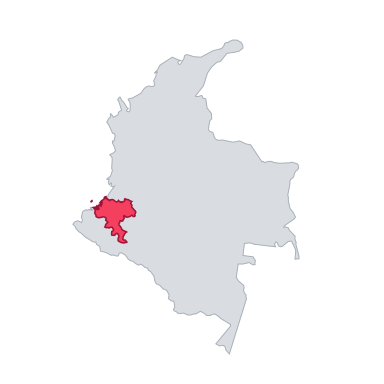 location of Cauca within Colombia, rotated 7°
{"feature_id": "COL-1404", "entity_name": "Cauca", "entity_type": "Department", "adm_level": 1, "iso_a3": "COL", "parent_name": "Colombia", "parent_adm1": "", "projection": "albers", "projection_center": [-77.137, 2.145], "detail": "fine", "context": "in_parent", "style": "filled", "palette": "rose", "viewbox_px": 384, "rotation_deg": 7, "n_neighbors": 0, "source": "natural_earth", "source_scale": "10m", "svg_char_len": 9228}
<svg xmlns="http://www.w3.org/2000/svg" viewBox="0 0 384 384"><g transform="rotate(7 192 192)"><path d="M221.7,46.4L217.6,48.0L209.8,50.1L204.4,58.8L200.7,60.4L196.2,65.6L192.9,72.0L190.4,85.2L183.7,96.3L184.2,96.8L186.9,96.3L189.4,95.1L190.4,95.4L191.3,97.4L194.3,97.9L196.8,106.9L201.5,111.4L202.0,113.2L202.6,117.0L201.0,119.2L200.5,127.5L202.0,129.6L205.5,130.4L207.8,135.5L209.3,136.7L211.4,137.5L216.5,136.7L225.7,137.5L227.9,137.3L233.0,135.5L239.6,137.7L244.4,138.0L257.7,153.5L259.0,153.0L260.6,153.9L264.0,152.3L266.8,152.0L270.6,152.8L275.6,152.8L285.5,151.1L287.0,150.2L292.5,151.0L294.1,152.2L294.9,155.1L294.3,156.9L292.4,158.7L291.4,161.0L291.2,163.9L290.2,166.0L288.5,167.3L287.8,169.3L288.2,171.9L287.4,183.7L288.1,184.7L288.8,189.5L291.1,195.8L292.2,197.5L294.2,199.0L297.7,204.1L297.0,205.9L288.0,214.1L287.5,215.9L289.3,215.2L292.1,215.9L293.0,217.8L299.8,223.4L299.7,225.6L301.7,229.8L301.3,230.8L306.1,242.8L306.3,245.3L302.4,246.1L302.2,238.0L301.6,236.3L297.2,229.2L296.3,228.6L293.4,229.5L288.5,234.8L286.3,235.6L284.4,234.9L282.6,231.8L281.4,231.2L280.2,233.8L281.7,236.2L260.2,236.3L256.0,235.4L250.3,236.6L250.3,248.8L260.5,248.9L263.3,252.4L263.1,255.3L263.5,256.3L261.1,256.9L257.5,255.0L251.2,257.3L246.6,257.9L246.3,271.4L249.1,274.7L254.6,278.3L255.4,280.8L255.1,283.1L256.4,286.0L258.2,287.5L258.2,289.2L259.1,291.2L248.8,348.2L245.0,344.8L243.6,341.6L241.7,340.4L238.1,341.4L234.2,339.8L246.6,320.4L246.2,318.7L235.7,314.0L234.6,312.8L229.6,310.3L226.9,311.1L225.3,312.3L221.6,312.8L218.5,310.7L214.8,309.4L210.5,312.7L209.2,312.6L206.1,314.1L202.7,314.6L198.4,313.2L194.9,314.2L192.4,314.0L191.5,313.0L188.4,311.9L188.0,310.5L188.9,308.2L187.6,303.5L187.0,302.7L184.7,302.6L181.9,300.9L181.4,299.9L181.9,298.0L181.4,296.3L178.7,292.6L175.0,291.6L171.3,288.5L167.7,287.4L166.1,285.1L164.5,280.1L160.7,276.1L158.1,274.8L157.2,272.9L154.5,272.7L150.9,270.1L149.3,270.0L148.1,271.2L144.7,269.9L141.9,268.0L138.9,267.5L136.9,266.4L133.4,262.7L129.5,260.9L127.3,261.6L126.6,264.3L125.3,264.8L120.9,264.1L120.2,264.7L119.0,264.5L113.7,262.5L108.4,261.8L107.0,257.2L103.6,255.6L102.6,253.4L100.2,253.7L91.1,249.5L87.4,246.6L84.2,245.0L80.8,241.8L80.3,240.5L77.7,238.6L79.0,236.2L82.1,234.4L86.2,235.8L86.7,233.0L85.2,230.5L85.9,224.9L87.0,223.6L89.2,222.5L90.6,222.9L91.5,222.0L94.8,222.4L95.8,222.0L98.3,219.7L99.4,217.9L100.5,218.1L103.2,215.0L102.8,212.0L105.3,211.3L108.0,206.3L109.1,206.2L109.7,203.8L114.4,195.6L112.7,196.5L110.9,196.0L111.1,193.2L110.6,192.8L109.1,195.0L107.8,192.8L108.1,189.3L106.0,189.9L106.1,189.1L109.2,186.4L110.4,180.4L109.4,178.2L108.8,169.0L108.3,167.3L105.8,165.0L109.7,162.4L111.1,160.5L109.3,156.4L107.0,153.0L106.9,151.0L108.3,151.2L108.9,145.5L107.6,143.4L106.0,143.3L100.8,135.0L98.9,133.2L100.3,129.2L101.9,127.5L101.5,124.4L102.6,124.6L104.8,127.3L105.7,126.9L109.2,124.3L109.3,121.8L112.1,119.3L108.2,110.8L106.9,109.4L108.5,106.7L109.4,106.8L110.9,109.5L113.4,111.3L117.0,116.0L118.6,117.1L117.4,118.2L117.2,119.3L117.7,119.9L119.8,120.1L120.6,118.7L120.1,113.0L119.2,110.1L117.3,108.0L117.9,107.2L121.6,105.8L129.3,100.2L131.9,95.1L134.0,93.2L136.2,92.0L139.0,92.3L141.2,91.6L141.9,90.0L140.4,86.4L142.1,81.5L142.0,79.0L143.1,77.5L142.7,76.9L139.9,78.7L142.8,75.2L144.8,69.9L156.0,60.6L163.3,62.8L165.6,62.7L162.6,63.9L162.1,65.2L163.2,66.6L164.3,67.0L165.2,66.1L167.7,60.7L168.0,57.7L169.1,56.6L170.6,56.3L177.8,57.5L184.5,57.1L195.5,49.3L203.9,46.0L205.9,42.8L206.4,40.4L207.9,39.5L209.5,39.4L210.5,38.1L214.3,36.1L218.4,35.8L222.7,37.6L224.7,40.7L225.0,42.9L221.7,46.4ZM94.9,221.4L94.4,221.8L93.4,221.0L93.1,220.1L93.7,219.4L94.4,219.6L94.9,221.4Z" fill="#d9dde1" stroke="#a8b0b8" stroke-width="1"/><path d="M95.6,219.4L95.8,219.3L96.9,219.2L97.6,218.8L98.0,218.9L98.2,219.1L98.4,219.5L98.6,219.7L98.8,219.7L99.1,219.6L99.0,219.9L98.8,220.3L98.8,220.7L99.2,220.8L99.8,220.9L100.0,220.9L100.5,220.8L101.2,220.7L101.5,220.4L101.7,220.1L101.7,219.8L101.6,219.5L101.4,219.2L101.1,218.9L100.8,218.9L100.8,218.7L101.2,218.7L100.9,218.6L100.8,218.4L100.9,218.1L100.7,218.0L100.7,217.9L100.8,217.6L100.6,217.5L100.5,217.2L100.9,217.3L101.1,217.2L101.4,217.0L101.6,216.9L101.9,216.9L102.0,216.8L102.0,216.7L101.8,216.7L101.5,216.8L101.3,216.8L101.0,216.6L101.3,216.4L101.4,216.2L101.9,216.3L102.2,216.4L102.5,216.3L102.7,216.6L102.9,216.7L102.7,216.3L102.0,216.1L102.2,215.8L102.5,215.6L102.8,215.6L103.0,215.5L103.3,215.3L103.6,215.4L103.7,215.5L103.8,215.7L103.9,215.2L103.5,215.1L102.9,215.2L102.5,215.4L102.4,215.1L102.4,214.7L102.5,214.3L102.7,214.1L103.0,214.1L103.2,214.3L103.3,214.5L103.5,214.6L103.8,214.6L103.9,214.4L104.2,214.1L104.2,213.8L104.1,213.7L103.8,213.7L103.9,213.4L104.0,213.2L104.0,212.9L103.9,212.9L103.7,212.9L103.5,212.7L103.5,212.8L103.3,213.1L103.1,213.1L102.9,213.0L102.9,212.8L102.4,213.2L102.2,213.3L102.3,213.1L102.9,212.3L103.4,211.7L103.6,211.4L105.1,210.2L105.7,209.1L105.9,209.0L106.3,209.1L106.4,208.6L106.5,208.6L106.8,208.5L106.7,208.3L106.4,208.2L106.1,208.3L105.7,208.3L105.6,208.1L105.9,207.8L106.3,207.4L106.6,207.3L107.1,207.1L107.9,207.9L108.2,208.4L108.4,208.6L108.5,208.8L108.5,209.0L108.8,209.6L109.0,209.7L109.3,209.6L109.7,209.5L109.8,209.5L110.3,209.7L110.3,209.8L110.2,209.9L110.2,210.0L110.4,210.1L110.5,210.0L110.9,210.4L111.0,210.3L111.2,210.5L111.4,210.4L112.3,209.6L112.6,209.6L113.0,209.4L113.4,209.2L113.8,209.2L114.6,209.3L115.5,209.6L116.0,210.0L116.3,210.2L117.4,210.8L117.9,211.0L118.3,211.0L118.6,211.0L118.8,210.9L119.0,210.8L119.4,210.4L120.0,209.3L120.2,209.5L121.2,210.2L121.6,210.6L122.0,210.7L122.2,210.8L122.4,210.7L122.6,210.4L122.9,210.7L123.0,210.9L123.3,210.9L123.4,210.7L123.5,210.5L123.8,210.4L123.9,210.5L124.2,210.7L124.5,210.4L124.6,210.2L124.8,209.8L124.9,209.7L125.2,209.6L125.6,209.5L125.8,209.4L126.0,209.2L126.2,208.9L126.3,208.6L126.3,208.0L126.2,207.8L126.0,207.6L125.9,207.4L126.0,207.3L126.4,206.8L127.1,207.1L127.9,207.3L129.8,207.4L130.3,207.6L131.0,208.1L131.3,208.2L132.5,208.5L133.2,208.7L132.9,208.9L132.8,209.3L132.9,209.7L132.7,210.2L132.6,210.4L132.5,210.5L132.5,211.0L132.8,211.3L133.1,211.4L133.4,211.7L133.8,212.1L134.0,212.8L134.0,214.1L134.1,214.4L136.6,216.6L137.1,217.2L137.4,217.4L137.7,217.5L138.0,217.7L138.2,218.0L138.5,218.5L138.7,219.0L138.3,220.3L138.0,221.0L137.9,221.6L138.5,222.6L138.0,222.9L137.8,223.1L137.5,223.5L136.9,223.5L136.5,223.4L135.9,222.8L135.2,222.3L134.5,222.9L134.1,223.3L133.7,223.7L132.3,224.3L131.7,224.6L130.2,225.0L129.8,224.9L129.4,224.9L128.4,224.1L128.1,223.8L127.5,223.7L127.2,224.7L127.9,226.2L127.9,226.5L127.7,226.7L127.4,227.6L127.2,228.1L126.9,228.2L126.7,228.5L126.7,228.8L126.8,229.1L126.7,229.2L126.6,229.3L126.3,229.4L126.1,229.5L125.7,229.4L125.4,229.4L125.1,229.3L124.8,229.2L124.5,229.2L124.3,229.3L124.0,229.7L124.0,230.6L124.0,231.1L124.0,231.3L123.5,231.8L123.3,232.1L123.3,232.4L123.4,233.2L123.8,233.8L125.1,234.9L126.1,236.2L126.9,237.5L127.4,238.0L128.1,238.4L129.5,238.8L129.8,239.0L130.5,239.2L131.2,239.2L131.9,239.6L131.5,239.8L130.4,241.6L129.9,242.6L129.8,243.2L129.7,243.5L129.3,244.0L129.0,246.7L129.1,246.9L129.3,247.4L129.5,247.6L129.8,247.8L130.7,248.0L131.4,247.8L131.6,247.9L133.5,249.6L133.3,249.8L133.2,250.0L132.7,250.2L132.1,250.2L131.8,250.3L131.6,250.4L131.0,250.8L130.7,250.9L128.0,250.8L127.5,250.7L126.7,250.4L125.4,249.9L125.0,249.7L124.5,249.0L124.4,248.2L124.4,246.5L124.5,246.2L124.8,245.6L124.9,245.2L124.8,244.7L124.6,244.2L124.3,243.9L124.2,243.7L123.9,243.1L123.6,242.7L122.9,242.5L122.6,242.3L122.3,242.2L122.0,242.2L121.0,243.7L120.6,244.2L120.1,244.5L119.6,244.6L118.1,244.5L117.5,244.5L117.4,243.8L117.2,242.9L117.2,241.3L117.2,240.9L118.1,240.4L118.4,240.2L118.6,239.9L118.6,239.7L118.8,239.1L118.7,239.0L118.6,238.8L118.6,238.7L118.4,238.6L117.2,236.9L116.9,236.7L116.3,236.9L115.6,237.0L115.0,237.1L114.9,237.2L114.5,237.6L114.3,237.7L114.1,237.8L113.9,237.8L113.7,237.8L113.4,237.7L113.1,237.5L112.7,237.6L112.4,237.6L111.4,237.9L111.1,237.7L110.8,237.8L109.7,237.4L110.2,236.3L110.3,235.8L110.2,235.5L110.2,235.2L110.5,234.3L111.2,233.7L111.3,233.4L111.4,233.1L111.5,233.1L111.8,233.0L112.1,232.3L111.8,231.8L111.4,231.6L111.0,231.4L109.8,230.6L109.7,230.4L109.8,229.7L110.1,229.2L110.1,228.7L109.9,228.4L108.3,227.6L107.9,227.5L107.7,227.4L107.4,227.4L107.2,227.4L106.8,227.5L106.5,227.7L106.4,227.8L106.1,227.9L105.6,227.9L105.1,228.1L104.6,228.4L104.1,228.6L103.5,228.6L102.6,228.9L102.3,228.9L101.8,228.9L101.2,228.6L100.6,228.5L100.0,228.2L99.8,228.1L99.8,227.9L99.7,227.3L99.7,227.1L98.3,225.2L98.0,224.4L98.0,224.2L98.0,223.9L98.2,223.2L98.3,223.0L98.3,222.8L98.3,222.6L98.0,221.9L97.9,221.5L97.9,221.1L97.3,220.5L95.6,219.4ZM100.7,219.1L101.4,219.7L101.6,219.9L101.5,220.2L101.2,220.3L100.7,220.0L99.9,219.4L99.4,218.7L99.2,218.3L99.2,218.0L99.2,217.9L99.4,218.1L99.7,218.2L99.9,218.0L100.4,218.5L100.5,218.6L100.6,219.0L100.7,219.1ZM98.9,218.5L99.1,218.6L99.8,219.6L100.1,219.8L100.7,220.2L101.1,220.4L100.6,220.7L100.0,220.7L99.5,220.6L99.1,220.4L99.3,220.3L99.1,220.1L99.5,219.8L99.5,219.5L99.3,219.4L98.9,219.4L98.6,219.2L98.5,218.8L98.6,218.5L98.9,218.5ZM93.5,212.9L93.8,212.7L93.9,213.0L93.9,213.5L93.6,213.8L93.4,214.0L93.1,214.1L92.9,214.0L92.9,213.8L93.2,213.8L93.4,213.1L93.5,212.9Z" fill="#f43f5e" stroke="#9f1239" stroke-width="1.5"/></g></svg>